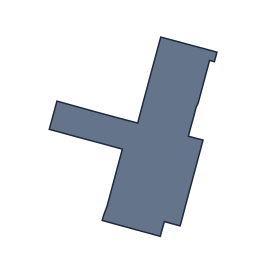 outline of Tulsa, Oklahoma, United States of America, rotated 15°
{"feature_id": "52423323B7804302532987", "entity_name": "Tulsa", "entity_type": "district", "adm_level": 2, "iso_a3": "USA", "parent_name": "United States of America", "parent_adm1": "Oklahoma", "projection": "robinson", "projection_center": [-95.925, 36.14], "detail": "fine", "context": "isolated", "style": "filled", "palette": "slate", "viewbox_px": 256, "rotation_deg": 15, "n_neighbors": 0, "source": "geoboundaries", "source_scale": "gbopen_adm2", "svg_char_len": 832}
<svg xmlns="http://www.w3.org/2000/svg" viewBox="0 0 256 256"><g transform="rotate(15 128 128)"><path d="M187.2,224.3L187.3,209.0L203.6,209.1L203.7,206.3L203.6,179.4L203.6,177.7L203.6,169.5L203.6,164.6L203.6,159.7L203.6,144.8L203.6,140.0L203.6,135.1L203.6,130.2L203.6,120.2L198.5,120.3L194.3,120.3L188.4,120.3L188.4,111.7L188.5,99.3L188.4,90.8L189.3,85.9L189.3,66.2L189.3,56.3L189.3,41.6L194.3,41.6L194.3,31.7L189.2,31.7L169.0,31.7L158.8,31.7L136.1,31.7L136.0,71.1L136.0,90.6L136.0,92.5L136.0,93.3L136.0,101.0L136.1,120.7L130.8,120.7L124.0,120.8L110.8,120.8L96.5,120.8L92.9,120.8L60.7,120.5L52.4,120.4L52.3,149.7L86.6,149.8L107.8,149.8L115.4,149.8L128.0,149.9L128.0,159.7L128.0,164.6L128.0,179.4L128.0,194.2L128.0,209.0L127.0,219.1L127.0,224.0L162.2,224.2L187.2,224.3Z" fill="#64748b" stroke="#1e293b" stroke-width="1.5"/></g></svg>